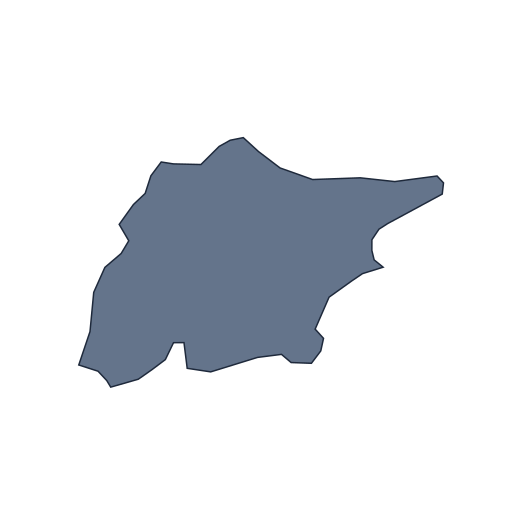 Momo, Nord-Ouest, Cameroon, rotated 74°
{"feature_id": "32672807B23500574999001", "entity_name": "Momo", "entity_type": "district", "adm_level": 2, "iso_a3": "CMR", "parent_name": "Cameroon", "parent_adm1": "Nord-Ouest", "projection": "equal_earth", "projection_center": [9.833, 6.013], "detail": "fine", "context": "isolated", "style": "filled", "palette": "slate", "viewbox_px": 512, "rotation_deg": 74, "n_neighbors": 0, "source": "geoboundaries", "source_scale": "gbopen_adm2", "svg_char_len": 803}
<svg xmlns="http://www.w3.org/2000/svg" viewBox="0 0 512 512"><g transform="rotate(74 256 256)"><path d="M222.7,102.1L209.6,134.2L198.1,180.5L178.0,208.6L156.3,224.8L138.7,235.6L137.6,248.9L140.5,261.2L152.9,283.7L144.7,310.0L139.5,321.2L149.9,334.9L165.3,345.3L172.7,359.6L187.9,378.8L206.3,374.1L216.4,384.9L225.3,404.4L246.2,422.0L282.9,436.4L311.9,456.4L323.2,439.6L334.6,433.8L342.0,431.8L342.0,403.1L336.6,387.4L330.6,371.7L316.6,359.2L319.4,349.1L345.0,353.1L354.9,331.5L354.8,326.5L353.9,282.5L357.6,258.6L368.1,251.6L374.4,232.3L365.1,219.9L353.8,213.8L342.6,219.3L315.7,197.1L306.3,170.7L302.3,158.5L301.8,136.9L295.3,141.4L292.3,143.5L282.6,143.1L272.3,140.1L264.1,130.4L261.1,120.4L247.8,59.9L237.4,55.6L229.0,59.9L222.7,102.1Z" fill="#64748b" stroke="#1e293b" stroke-width="1.5"/></g></svg>